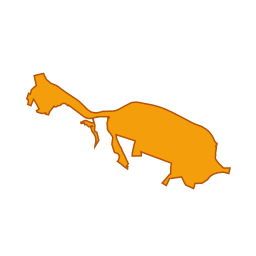 the district of Kalnciema pag., Jelgava, Latvia, rotated 316°
{"feature_id": "27541924B33017162899558", "entity_name": "Kalnciema pag.", "entity_type": "district", "adm_level": 2, "iso_a3": "LVA", "parent_name": "Latvia", "parent_adm1": "Jelgava", "projection": "orthographic", "projection_center": [23.587, 56.795], "detail": "fine", "context": "isolated", "style": "filled", "palette": "amber", "viewbox_px": 256, "rotation_deg": 316, "n_neighbors": 0, "source": "geoboundaries", "source_scale": "gbopen_adm2", "svg_char_len": 5317}
<svg xmlns="http://www.w3.org/2000/svg" viewBox="0 0 256 256"><g transform="rotate(316 128 128)"><path d="M99.2,157.3L99.3,157.3L99.8,156.0L101.0,155.9L100.6,154.4L103.5,153.9L104.0,152.2L104.5,150.9L104.9,149.7L105.4,148.3L105.9,147.1L106.3,145.9L106.9,143.8L107.6,141.7L108.2,139.7L108.9,138.5L109.4,137.0L109.6,135.7L110.1,134.0L110.6,132.6L111.1,131.3L111.6,129.9L112.6,127.5L113.6,126.1L114.7,124.5L115.8,126.5L119.5,133.3L121.0,136.1L124.3,142.4L121.8,143.7L120.6,144.4L118.7,145.7L115.8,147.6L113.8,149.0L113.3,149.4L112.8,149.8L112.2,150.4L111.5,151.1L117.7,156.8L118.2,157.3L118.9,156.8L120.8,154.1L124.1,161.2L127.3,167.8L131.1,175.7L134.8,183.5L131.7,185.8L130.8,186.7L129.7,187.8L128.6,188.9L127.3,190.1L126.9,190.5L126.7,190.7L126.4,190.4L126.2,190.3L122.9,190.6L122.0,190.7L118.6,191.0L115.9,191.2L114.7,191.3L114.4,191.3L115.6,196.0L122.8,193.2L126.3,195.9L127.0,196.3L128.1,197.1L128.4,197.4L130.6,199.0L132.5,200.4L130.9,205.6L129.9,209.0L133.0,216.9L133.1,217.1L134.7,216.3L134.9,216.1L135.7,215.6L137.7,214.4L140.9,217.4L142.7,219.0L145.0,219.6L146.2,219.8L149.0,220.3L149.4,220.3L149.9,220.3L151.8,220.0L153.6,219.8L157.8,220.7L161.4,222.5L165.6,225.7L166.3,226.5L166.5,226.7L166.6,226.9L166.6,227.0L166.7,227.3L168.9,230.8L170.1,230.0L173.6,227.7L173.3,227.4L172.7,226.8L171.7,225.8L171.6,225.7L169.6,223.9L169.5,223.7L169.2,223.4L168.9,223.1L168.9,222.2L168.8,221.4L168.8,221.0L168.8,220.6L168.8,219.6L168.7,217.4L168.7,216.1L168.9,214.4L169.2,212.3L169.3,211.6L169.6,210.9L170.0,210.3L170.4,209.7L170.6,209.5L171.8,208.8L172.3,208.4L172.5,208.1L172.9,207.5L173.2,207.2L173.8,206.6L174.1,206.4L174.3,206.3L174.8,205.9L175.1,205.7L175.6,205.3L176.7,204.4L177.6,203.8L178.3,203.0L178.1,202.8L178.6,202.2L178.7,202.5L179.0,202.2L178.9,202.0L179.0,201.9L179.2,201.7L179.4,201.8L179.6,202.0L179.8,202.1L181.3,201.0L181.1,200.7L181.0,199.7L181.1,198.3L181.5,196.7L182.3,194.7L182.8,193.1L183.3,190.7L183.4,189.4L183.6,187.5L183.7,186.0L183.5,184.9L183.1,182.1L182.8,181.1L182.1,178.4L181.3,176.5L180.4,174.7L179.5,172.8L178.6,170.9L177.8,168.8L177.0,166.4L176.0,163.4L174.9,160.1L173.8,156.6L173.3,155.3L172.4,152.6L171.7,150.3L170.6,147.3L169.3,143.9L168.3,141.3L167.9,140.4L167.0,138.5L166.0,136.3L163.8,132.3L162.0,129.2L159.5,125.6L157.0,122.1L155.8,120.4L154.5,118.4L152.8,116.3L151.9,115.1L151.3,114.6L149.8,113.4L148.2,112.2L147.6,112.0L144.5,111.0L139.4,109.5L135.6,108.5L133.6,107.9L131.2,106.9L128.7,105.2L121.2,98.4L120.8,98.2L118.7,97.1L116.9,95.9L114.8,94.2L112.6,90.9L111.7,87.1L111.7,86.4L111.6,81.4L111.4,75.5L111.0,72.7L110.0,68.0L108.7,62.3L107.8,57.7L106.9,53.0L106.7,51.1L106.5,49.2L105.8,47.3L104.5,44.3L103.5,42.0L103.3,39.2L103.0,36.5L104.0,33.3L104.2,32.3L105.2,30.2L102.9,28.6L102.6,28.5L97.8,25.7L96.9,25.2L95.8,26.9L95.7,27.2L93.2,31.0L91.9,33.1L91.6,33.7L90.4,33.7L89.9,33.5L89.1,33.5L87.9,33.4L86.7,33.4L84.9,33.5L81.2,35.8L80.7,34.0L75.4,36.7L75.9,38.2L75.3,38.9L74.0,40.4L73.2,40.8L72.3,41.3L73.4,44.0L73.7,44.5L73.9,44.4L75.4,43.7L77.5,42.8L80.1,41.7L79.0,46.6L78.4,48.6L78.2,49.1L77.3,52.2L77.4,52.4L77.0,52.5L76.5,52.5L75.9,52.4L75.3,52.2L74.8,52.1L74.3,51.9L73.7,52.8L73.8,53.2L73.8,53.5L75.5,56.8L76.0,57.6L76.7,58.2L77.9,59.1L78.6,59.6L79.0,59.9L79.3,60.4L78.4,60.8L78.6,61.1L78.7,61.3L79.4,62.4L79.9,63.3L80.0,63.3L81.2,62.7L82.5,62.1L82.5,61.9L89.3,61.0L89.6,60.7L89.9,61.0L90.0,61.1L89.6,61.5L91.0,62.9L93.0,63.3L94.2,64.3L95.6,64.8L96.3,64.6L97.2,64.8L97.8,65.0L98.7,65.5L99.5,66.4L99.9,67.2L100.0,67.7L100.3,69.6L100.3,70.3L100.7,70.2L101.2,70.2L101.3,71.5L101.5,72.5L101.7,73.5L102.0,75.5L102.2,76.7L102.3,77.4L102.5,78.9L102.8,80.2L103.0,82.0L103.3,83.4L103.6,85.8L103.8,86.7L103.9,87.5L104.0,88.2L104.1,89.0L104.3,89.7L104.6,90.8L105.2,92.1L105.7,93.0L106.3,93.8L107.3,94.8L108.2,95.6L109.4,96.3L111.8,97.7L113.0,98.3L113.8,98.7L113.6,99.0L115.2,100.0L116.0,100.6L118.6,103.2L120.1,104.6L122.1,106.7L122.0,106.8L121.1,107.7L120.4,106.9L119.3,108.0L118.5,108.7L118.1,108.8L117.5,109.2L116.7,109.6L115.5,110.9L115.0,111.5L113.1,113.8L112.4,114.6L112.1,115.1L112.0,115.7L111.9,116.7L111.7,117.2L111.5,117.8L111.7,118.2L111.7,118.8L111.5,119.9L111.0,122.5L110.9,123.0L110.7,123.8L110.5,124.1L110.3,124.4L109.8,124.8L108.9,125.5L107.7,126.4L107.4,126.7L105.9,127.9L105.8,128.0L104.9,128.8L104.5,129.6L104.0,130.6L103.7,131.2L103.3,132.0L102.9,132.8L102.7,133.3L102.0,134.6L101.8,134.9L101.5,135.8L101.4,136.4L102.1,137.7L102.5,138.5L102.9,139.5L102.8,140.2L102.5,141.6L102.5,142.0L102.4,142.1L102.2,142.3L102.0,142.6L101.6,142.8L100.3,143.6L98.5,144.6L98.2,144.7L97.7,144.7L97.3,144.6L97.5,146.2L97.7,147.2L98.0,148.6L98.1,149.7L98.2,150.2L98.2,150.4L98.3,151.8L98.3,152.4L99.2,157.3ZM103.8,102.1L103.7,102.1L101.8,101.5L99.9,105.2L99.2,109.4L98.5,111.7L96.8,114.0L96.0,115.0L95.7,115.3L91.3,118.3L91.1,118.5L96.4,117.1L98.2,116.6L98.4,116.6L98.7,116.2L99.6,114.6L100.9,112.4L101.3,111.7L102.2,110.0L102.4,109.7L102.6,109.3L102.6,109.2L102.4,108.6L101.8,107.8L101.8,107.7L102.4,106.4L105.1,103.9L105.7,103.5L106.0,103.1L107.5,100.3L109.4,96.9L109.0,96.6L108.8,97.2L107.8,99.2L107.2,100.2L106.3,99.9L106.2,99.8L105.9,99.5L105.5,98.9L104.5,96.9L103.8,95.5L103.6,94.7L102.6,92.9L100.9,92.0L99.6,92.0L98.1,91.1L97.4,92.2L100.1,94.1L99.1,95.5L100.3,96.1L100.6,100.0L101.4,100.4L103.8,101.7L103.8,102.1Z" fill="#f59e0b" stroke="#b45309" stroke-width="1.5"/></g></svg>